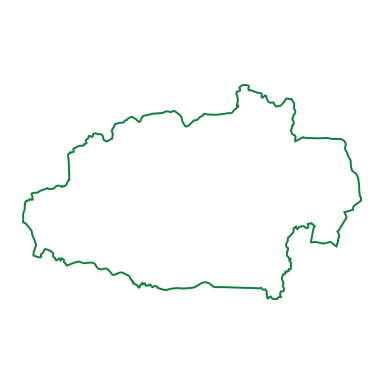 Pho Prathap Chang, Phichit, Thailand (Natural Earth projection)
{"feature_id": "78962969B76859973780400", "entity_name": "Pho Prathap Chang", "entity_type": "district", "adm_level": 2, "iso_a3": "THA", "parent_name": "Thailand", "parent_adm1": "Phichit", "projection": "natural_earth1", "projection_center": [100.175, 16.321], "detail": "fine", "context": "isolated", "style": "outline", "palette": "green", "viewbox_px": 384, "rotation_deg": 0, "n_neighbors": 0, "source": "geoboundaries", "source_scale": "gbopen_adm2", "svg_char_len": 5948}
<svg xmlns="http://www.w3.org/2000/svg" viewBox="0 0 384 384"><path d="M283.1,291.4L284.1,289.8L284.2,289.0L283.6,287.9L283.3,286.8L282.7,286.2L283.5,283.2L281.9,279.0L281.9,278.0L282.1,276.9L283.3,274.2L284.7,274.3L285.4,271.8L286.4,272.2L287.4,270.9L288.6,271.1L288.8,269.1L290.2,269.4L290.6,269.1L291.1,267.0L290.7,263.5L291.0,263.0L290.7,262.0L290.2,261.4L289.6,261.2L289.2,260.0L289.4,259.8L290.3,259.6L290.6,259.3L290.6,258.9L288.6,257.7L288.4,257.0L286.9,255.6L286.9,251.9L287.9,250.2L288.1,249.3L288.0,248.2L286.7,247.4L286.1,245.6L286.3,245.4L286.1,243.9L287.0,242.5L287.9,240.5L287.8,238.2L292.9,232.9L293.5,231.6L293.5,229.0L293.7,228.5L294.3,228.2L294.9,227.1L296.1,226.7L296.4,228.3L297.5,229.2L298.5,227.7L299.2,227.0L301.9,226.2L304.0,226.3L305.0,227.3L306.8,228.2L308.4,227.0L308.0,223.9L310.3,223.3L310.7,223.7L311.5,223.3L314.8,226.4L313.9,227.5L313.4,229.0L310.9,241.9L311.4,242.3L312.2,242.4L313.8,242.0L315.4,241.9L322.8,243.5L324.7,243.4L330.2,241.9L330.9,242.1L333.0,243.9L336.6,246.4L337.1,244.0L338.3,240.9L337.8,240.7L338.3,238.5L339.1,237.5L339.2,236.1L339.3,236.0L338.6,233.4L337.4,231.6L338.6,230.6L346.4,217.8L346.4,216.6L344.4,212.2L353.0,209.8L353.4,206.4L360.9,200.8L361.0,197.6L360.0,196.3L359.3,192.0L359.1,185.6L358.3,178.6L357.3,176.2L355.8,173.4L352.5,171.0L351.9,170.3L350.9,166.1L350.6,160.2L347.8,155.5L347.1,152.7L345.3,149.6L345.1,148.6L345.2,146.5L345.6,145.3L345.8,144.0L345.5,143.0L344.2,140.9L341.5,139.2L340.0,138.9L337.7,139.1L332.1,138.9L327.2,138.0L318.3,138.3L307.0,138.0L303.0,137.6L302.9,137.3L295.4,141.2L295.2,140.4L295.1,138.6L295.6,136.7L295.4,136.1L294.9,135.5L292.0,134.0L290.9,130.1L291.1,129.4L292.2,127.9L292.0,126.0L293.1,125.1L293.9,123.5L293.5,122.9L293.4,120.6L292.7,119.9L292.4,118.6L293.1,117.3L293.5,115.2L295.1,113.2L295.4,112.0L295.0,110.0L293.9,108.4L294.2,105.6L294.1,103.2L292.5,100.9L291.8,99.2L286.3,98.5L284.3,101.6L280.9,105.5L276.9,106.4L275.9,106.4L275.3,105.7L273.3,102.5L270.3,102.7L269.2,102.3L268.3,101.6L266.9,99.2L266.5,97.8L266.4,96.5L265.7,95.5L265.1,95.5L263.1,97.3L262.5,97.6L262.0,97.5L261.7,97.2L261.5,96.5L261.8,94.1L261.2,93.3L257.4,92.7L250.8,90.2L249.0,90.3L248.4,89.5L248.4,88.6L248.9,86.8L248.5,85.6L245.7,84.9L243.0,85.1L241.5,85.6L239.5,87.3L239.5,88.3L240.2,89.6L240.0,90.7L238.8,91.3L237.0,91.6L236.4,93.2L236.4,93.8L237.5,96.8L237.9,100.1L237.7,101.8L236.8,105.3L236.9,106.0L238.0,105.7L238.3,106.5L236.1,108.5L234.4,109.6L233.2,111.4L232.0,112.7L230.9,113.2L227.4,113.2L223.7,114.0L215.4,114.8L207.3,114.4L204.3,113.8L203.9,113.9L202.9,115.3L199.5,117.5L198.2,118.9L197.3,119.7L196.5,120.0L193.7,120.6L191.1,123.3L188.3,125.7L186.6,126.5L186.0,126.5L184.9,125.7L182.4,121.4L181.5,117.5L180.2,115.2L174.5,110.9L173.2,111.1L170.7,112.2L167.7,111.3L166.7,111.4L165.3,111.6L162.5,113.0L153.5,113.6L144.3,115.7L142.7,116.4L141.0,119.0L140.3,121.2L139.5,121.9L137.7,121.2L135.6,118.7L134.1,118.3L132.7,117.2L131.9,116.7L131.4,116.8L128.3,118.3L127.0,119.9L125.2,120.4L123.0,122.7L119.5,122.8L117.4,123.5L115.2,123.8L114.7,125.2L113.6,127.0L113.2,128.1L112.4,129.2L111.7,130.7L112.4,133.0L112.9,133.9L112.1,138.7L111.1,139.0L108.1,140.9L106.9,141.4L106.4,141.4L104.6,140.5L104.1,139.8L103.6,139.6L103.3,138.7L103.1,137.0L102.6,135.6L101.4,134.4L99.9,134.1L98.7,134.4L95.5,133.3L94.4,133.4L93.3,134.1L93.0,135.7L92.6,136.4L92.1,136.9L90.3,136.0L89.0,136.1L88.2,138.1L87.5,138.9L86.2,139.6L85.8,141.1L86.6,143.0L86.0,143.5L84.1,144.2L83.7,145.5L82.2,145.5L77.7,146.4L75.7,147.7L73.6,148.6L73.4,148.9L73.7,151.7L70.4,152.9L70.2,152.4L68.0,154.7L68.8,161.9L69.3,179.7L68.8,179.6L65.8,185.4L64.0,186.3L62.8,186.1L62.2,187.1L60.8,186.2L59.0,185.6L56.5,185.9L54.0,188.4L51.1,189.0L48.0,188.8L47.5,188.2L40.5,190.7L38.5,191.9L37.8,192.6L33.6,192.8L32.3,193.3L31.7,193.6L31.6,193.9L32.5,197.3L32.7,199.6L31.7,199.7L31.2,199.3L30.6,199.6L29.5,199.3L29.0,200.3L28.5,200.1L27.4,200.8L26.8,200.7L26.7,201.0L26.2,201.1L26.1,201.8L25.4,202.1L25.2,202.4L25.1,204.2L24.8,204.2L24.7,209.0L24.3,210.5L23.6,212.2L23.1,214.4L23.1,216.3L23.3,217.8L23.0,222.2L25.4,223.4L26.5,224.3L28.6,227.2L31.0,229.8L31.5,230.7L32.4,235.2L34.2,239.3L36.0,244.5L36.0,245.8L34.3,250.0L33.7,252.2L33.4,254.4L33.6,255.6L34.9,255.9L36.0,256.5L39.9,257.5L40.8,257.3L41.4,256.2L40.8,255.1L40.8,254.5L43.3,252.5L43.9,250.4L45.1,249.2L45.5,249.1L47.5,249.7L49.1,250.5L50.2,250.7L52.3,252.3L53.2,253.7L52.9,255.9L53.3,256.9L55.0,257.8L55.5,259.7L56.4,260.3L56.9,260.2L58.5,258.8L59.3,258.5L59.8,258.8L60.3,260.3L60.6,260.5L61.2,258.5L61.6,258.3L62.1,258.5L64.0,260.1L63.9,261.6L64.1,262.3L64.5,262.7L65.4,263.1L65.9,264.4L66.8,265.5L67.5,265.4L73.7,262.9L77.5,261.7L79.3,261.7L82.3,262.8L84.3,263.2L90.3,262.6L92.8,262.8L93.5,263.0L95.2,264.3L96.8,267.1L98.1,268.6L100.2,269.2L101.6,269.3L105.1,268.5L106.9,268.8L109.3,270.8L112.1,274.3L113.0,274.8L114.3,274.9L119.0,272.8L121.0,272.4L122.7,272.8L129.4,276.1L129.7,276.4L129.9,278.1L131.4,279.6L131.7,280.6L132.4,280.8L132.6,281.5L133.1,281.7L132.9,282.7L133.7,283.5L137.0,285.1L138.6,287.4L139.1,287.6L139.6,287.4L139.5,286.0L141.4,284.5L141.6,283.3L142.1,283.0L143.2,284.3L144.3,283.4L144.8,283.4L145.7,285.6L148.7,285.5L149.4,284.6L149.9,284.4L150.8,285.2L152.3,287.1L152.9,287.1L153.3,286.6L154.9,285.9L155.1,286.2L157.3,286.6L157.5,286.8L157.5,287.6L158.0,288.0L164.5,290.0L166.7,289.9L171.0,288.7L176.9,288.1L182.9,288.5L185.5,288.4L192.2,287.8L194.5,287.3L202.1,282.9L203.9,282.4L205.8,282.2L209.1,283.3L214.0,287.0L215.0,287.1L223.2,287.1L245.6,287.9L252.8,288.0L259.5,288.4L260.4,287.9L261.1,287.8L262.5,289.3L263.1,289.7L263.9,289.7L265.2,289.3L265.9,290.5L266.7,291.0L266.5,293.8L267.0,294.9L266.9,296.2L267.2,296.8L267.4,298.1L267.6,298.5L268.0,298.5L269.2,297.2L270.6,296.5L271.4,297.7L272.5,298.6L273.1,298.9L275.0,299.1L277.0,298.9L277.9,298.4L278.3,297.5L279.4,297.0L281.0,297.0L281.1,296.6L280.3,295.7L280.3,294.5L280.0,294.1L280.4,293.0L280.5,292.1L281.0,291.4L283.1,291.4Z" fill="none" stroke="#15803d" stroke-width="2"/></svg>